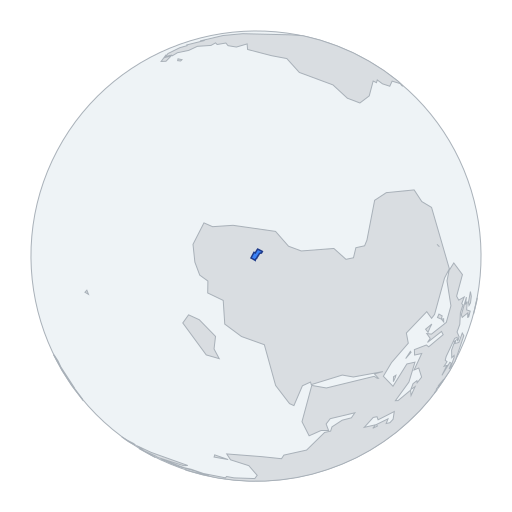 Kavango highlighted on a globe, orthographic projection, rotated 118°
{"feature_id": "NAM-3354", "entity_name": "Kavango", "entity_type": "Region", "adm_level": 1, "iso_a3": "NAM", "parent_name": "Namibia", "parent_adm1": "", "projection": "orthographic", "projection_center": [19.863, -18.289], "detail": "fine", "context": "on_globe", "style": "filled", "palette": "blue", "viewbox_px": 512, "rotation_deg": 118, "n_neighbors": 0, "source": "natural_earth", "source_scale": "10m", "svg_char_len": 5196}
<svg xmlns="http://www.w3.org/2000/svg" viewBox="0 0 512 512"><g transform="rotate(118 256 256)"><circle cx="256" cy="256" r="225" fill="#eef3f6" stroke="#a8b0b8"/><path d="M35.0,212.3L36.9,206.3L36.1,209.7L37.7,217.9L43.3,217.6L44.6,225.2L43.6,231.6L46.4,231.0L46.5,234.7L61.5,231.2L72.1,236.1L73.8,249.4L68.8,268.4L73.6,303.9L67.2,321.5L71.8,336.2L77.6,360.4L72.9,363.4L80.7,371.4L83.4,379.4L82.1,382.6L87.5,389.6L86.8,391.8L91.2,394.6L98.4,406.2L106.0,411.9L113.4,420.8L118.5,423.9L118.2,424.7L120.1,427.1L123.1,429.3L118.6,428.8L107.9,421.1L102.6,415.6L102.1,416.2L89.8,402.5L92.3,406.3L76.8,388.6L65.9,372.0L44.0,328.3L41.0,321.4L39.4,317.8L35.2,300.6L32.4,283.1L30.9,265.3L30.9,247.6L32.2,229.9L35.0,212.3ZM128.8,431.1L120.3,429.8L123.8,429.9L119.3,424.9L126.3,426.9L128.8,431.1ZM118.5,417.4L117.4,413.5L119.2,414.1L120.3,416.9L118.5,417.4ZM477.7,215.9L478.0,218.3L477.1,213.3L472.0,194.7L474.5,208.8L478.6,227.0L480.1,244.2L478.6,235.3L476.6,220.0L474.7,213.0L472.7,200.2L466.2,178.8L464.5,178.5L462.2,171.2L453.1,152.6L449.1,152.0L444.5,163.9L447.9,182.8L444.5,188.9L430.5,156.8L423.0,138.3L418.7,137.9L403.6,120.2L379.6,112.6L375.6,107.9L371.2,108.7L360.5,102.8L354.1,95.8L348.0,95.1L364.8,114.1L371.4,115.2L376.0,110.0L379.6,116.7L389.8,124.7L380.7,137.6L344.1,146.0L339.5,131.9L306.7,95.1L307.1,91.6L306.9,91.3L306.5,90.5L304.5,96.0L298.5,89.7L317.1,113.2L320.6,123.9L343.6,146.8L341.7,148.7L348.8,154.1L370.3,152.3L370.6,157.1L361.1,177.9L330.4,207.0L333.9,231.0L330.8,251.6L310.6,264.1L311.3,281.3L300.7,286.7L299.3,296.7L290.1,307.1L275.3,317.1L251.2,317.5L250.5,308.1L239.7,290.7L225.1,250.3L232.1,231.9L230.3,218.4L212.8,190.8L216.7,175.0L211.8,169.1L201.8,171.7L196.0,164.9L189.9,165.5L151.1,177.4L138.9,170.7L123.4,147.4L130.1,135.2L130.7,123.8L176.5,79.3L186.9,79.2L223.8,70.9L228.6,71.7L225.0,79.1L253.4,87.1L261.5,80.6L286.4,86.3L302.4,87.1L306.7,73.9L280.5,72.1L275.1,65.8L295.5,61.8L318.3,65.0L317.0,62.7L301.9,56.5L306.4,53.6L296.6,54.2L301.1,56.6L295.0,57.4L290.5,55.4L292.3,54.2L285.2,52.9L278.5,59.7L282.4,62.9L264.3,63.9L269.0,69.5L264.3,72.2L254.6,63.8L255.1,60.9L237.6,53.8L235.5,56.8L251.8,64.0L247.0,63.5L244.3,68.8L242.6,64.4L225.3,56.8L208.5,60.5L188.3,75.7L178.2,78.7L169.3,78.1L175.5,65.0L197.3,60.0L199.8,56.3L194.4,52.9L201.5,52.0L202.0,50.3L210.1,48.9L220.6,44.0L228.7,42.8L232.0,38.7L236.6,37.9L233.4,40.3L235.5,41.9L255.5,40.9L259.2,40.0L259.6,37.7L265.1,38.2L263.0,36.1L274.1,35.8L258.8,34.9L259.0,33.2L265.1,32.4L262.5,31.9L252.4,33.5L250.8,34.4L253.9,35.4L247.3,39.1L240.6,40.1L237.1,36.3L227.2,37.7L228.8,35.1L255.1,30.8L266.5,31.0L287.2,33.2L285.1,33.3L276.6,32.4L285.3,34.2L284.2,33.5L288.7,34.3L290.0,33.8L293.3,34.3L288.9,33.2L293.1,33.9L295.8,34.5L300.5,35.2L315.9,38.8L330.9,43.6L345.7,49.3L359.9,56.1L373.7,63.9L386.9,72.6L399.4,82.3L411.2,92.8L422.3,104.0L432.6,116.1L441.9,128.8L450.4,142.2L457.9,156.1L464.4,170.5L469.9,185.3L474.3,200.5L477.7,215.9ZM161.7,98.4L160.7,101.7L161.7,98.4ZM343.5,76.7L356.5,80.0L348.9,71.2L353.3,72.0L349.1,69.0L348.3,70.6L337.8,63.0L342.8,62.4L340.3,59.5L335.8,58.3L328.4,60.9L343.3,71.3L341.1,73.7L343.5,76.7ZM37.1,205.9L37.1,207.3L36.5,208.6L37.1,205.9ZM196.7,44.6L199.7,44.7L197.0,46.7L186.7,50.0L190.5,47.0L196.7,44.6ZM204.7,44.7L204.1,41.0L210.4,39.5L207.0,40.8L211.2,40.1L206.8,42.3L213.4,45.1L211.5,47.1L193.5,50.9L200.5,48.3L197.1,48.1L204.7,44.7ZM193.3,39.6L205.2,36.6L203.7,37.1L193.4,39.9L189.0,41.0L191.3,40.3L191.2,40.2L193.3,39.6ZM233.5,68.8L237.1,68.8L242.6,68.3L241.0,71.9L233.5,68.8ZM221.5,63.5L224.7,62.8L225.1,66.9L221.4,67.2L221.5,63.5ZM226.1,59.3L224.8,62.5L223.3,60.9L226.1,59.3ZM236.3,39.9L239.6,39.4L240.1,39.9L238.4,40.8L236.3,39.9ZM302.5,75.7L298.1,77.9L295.6,76.5L297.6,76.0L302.5,75.7ZM268.2,73.9L276.3,75.7L267.7,74.9L268.2,73.9ZM368.5,385.9L368.3,390.0L365.6,389.3L368.5,385.9ZM366.7,253.5L349.5,289.2L339.6,287.9L338.9,276.2L346.0,254.0L357.8,249.4L363.9,240.3L366.7,253.5ZM478.8,289.6L479.1,283.0L479.0,276.0L479.6,273.3L479.8,281.2L479.4,285.0L478.8,289.6ZM479.5,272.8L478.6,256.1L473.0,217.9L475.1,221.4L480.0,248.2L479.8,250.7L480.5,262.8L479.5,272.8ZM480.9,269.0L481.0,267.4L481.2,253.3L481.2,250.2L480.9,269.0ZM448.8,185.0L453.2,198.6L451.0,199.1L448.8,185.0ZM438.1,388.7L438.5,387.1L441.6,381.5L445.6,376.2L457.9,354.0L457.4,355.6L463.7,342.2L464.4,341.7L456.9,358.0L448.1,373.7L438.1,388.7Z" fill="#d9dde1" stroke="#a8b0b8" stroke-width="1"/><path d="M249.0,252.5L249.5,252.5L250.5,252.5L250.8,252.6L250.8,252.8L251.0,252.8L251.1,253.1L251.3,253.3L251.4,253.5L251.5,253.5L251.8,253.8L252.0,253.9L252.4,254.1L252.8,254.2L253.2,254.2L253.3,254.1L253.5,254.1L253.8,254.1L254.3,254.3L255.0,254.3L255.3,254.2L255.4,254.3L255.5,254.4L256.3,254.3L256.5,254.4L256.6,254.5L256.9,254.4L257.0,254.4L257.3,254.4L257.6,254.3L257.8,254.3L258.0,254.4L258.1,254.5L258.3,254.6L258.5,254.7L258.6,254.8L258.9,254.8L259.0,254.8L259.3,254.8L259.5,255.0L259.7,254.9L259.9,254.9L260.2,254.7L260.2,256.1L260.1,256.4L260.1,256.6L260.1,256.9L260.1,257.0L260.1,257.4L260.1,257.5L260.1,257.8L260.1,258.0L260.1,258.3L260.1,258.5L260.1,258.8L260.1,259.3L260.1,259.5L253.7,259.5L253.7,258.1L249.8,257.9L249.1,257.8L249.0,254.0L249.0,252.5Z" fill="#3b82f6" stroke="#1e3a8a" stroke-width="1.5"/></g></svg>